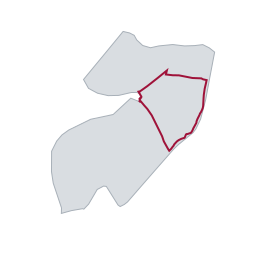 YobokiI, Dikhil, Djibouti (highlighted), rotated 194°
{"feature_id": "41766387B74076707162819", "entity_name": "YobokiI", "entity_type": "district", "adm_level": 2, "iso_a3": "DJI", "parent_name": "Djibouti", "parent_adm1": "Dikhil", "projection": "equal_earth", "projection_center": [42.146, 11.584], "detail": "fine", "context": "in_parent", "style": "outline", "palette": "rose", "viewbox_px": 256, "rotation_deg": 194, "n_neighbors": 0, "source": "geoboundaries", "source_scale": "gbopen_adm2", "svg_char_len": 1804}
<svg xmlns="http://www.w3.org/2000/svg" viewBox="0 0 256 256"><g transform="rotate(194 128 128)"><path d="M182.9,164.3L175.7,179.4L166.5,198.6L156.1,220.5L149.5,220.6L144.4,219.4L140.9,215.6L133.7,211.6L125.6,211.3L117.9,215.1L104.8,219.8L93.0,221.3L83.5,224.0L75.6,227.0L68.5,225.4L62.3,222.6L61.0,199.3L59.5,174.1L59.7,154.3L61.9,143.5L63.8,139.2L75.0,124.2L78.8,118.1L91.6,93.3L102.5,72.0L110.6,56.1L113.1,52.9L116.6,49.9L119.0,50.8L134.9,66.1L137.7,65.7L143.0,60.9L147.8,44.6L151.2,38.6L152.6,38.7L162.8,34.2L172.0,29.0L173.2,34.4L187.2,56.4L191.7,67.2L196.5,87.0L194.0,98.1L190.4,105.3L185.0,111.7L166.4,127.4L145.7,137.5L132.5,157.6L122.6,156.2L124.1,163.8L127.8,164.7L133.5,163.2L144.9,157.4L155.1,154.6L166.0,154.4L175.9,156.9L182.9,164.3Z" fill="#d9dde1" stroke="#a8b0b8" stroke-width="1"/><path d="M82.5,115.9L81.1,118.2L80.6,119.4L80.2,120.4L79.5,121.8L79.2,123.3L77.3,126.8L75.9,128.5L74.0,130.1L73.8,130.3L70.9,132.1L70.6,132.7L70.2,135.7L69.7,136.3L68.9,136.5L66.4,138.1L65.6,138.8L64.9,141.1L64.6,142.9L64.6,143.2L62.9,149.7L63.1,150.8L63.1,151.2L62.8,153.5L61.7,158.4L61.7,159.4L61.1,160.8L60.5,163.8L60.4,164.9L60.3,165.7L60.4,167.4L62.0,175.8L62.5,178.7L62.6,179.8L63.1,184.7L63.2,191.1L63.3,192.5L63.3,192.8L63.3,193.5L67.0,193.4L68.9,193.9L77.6,192.1L91.4,191.4L97.4,190.0L104.2,189.1L104.2,193.2L111.4,183.6L119.4,173.3L125.2,166.5L126.6,165.8L126.3,165.5L125.9,165.4L125.7,164.8L125.3,164.6L125.1,164.2L122.7,161.8L122.5,161.4L122.6,160.8L123.2,160.3L123.0,159.7L123.2,159.4L123.7,159.4L123.8,159.2L123.6,159.1L123.4,158.4L123.5,158.0L123.4,157.9L123.2,157.6L123.3,156.8L123.1,156.7L122.8,156.9L122.5,156.6L122.4,156.7L122.3,157.1L122.1,157.0L117.7,153.8L113.9,151.2L108.0,146.0L92.9,128.2L90.0,123.7L84.1,117.4L82.5,115.9Z" fill="none" stroke="#9f1239" stroke-width="2"/></g></svg>